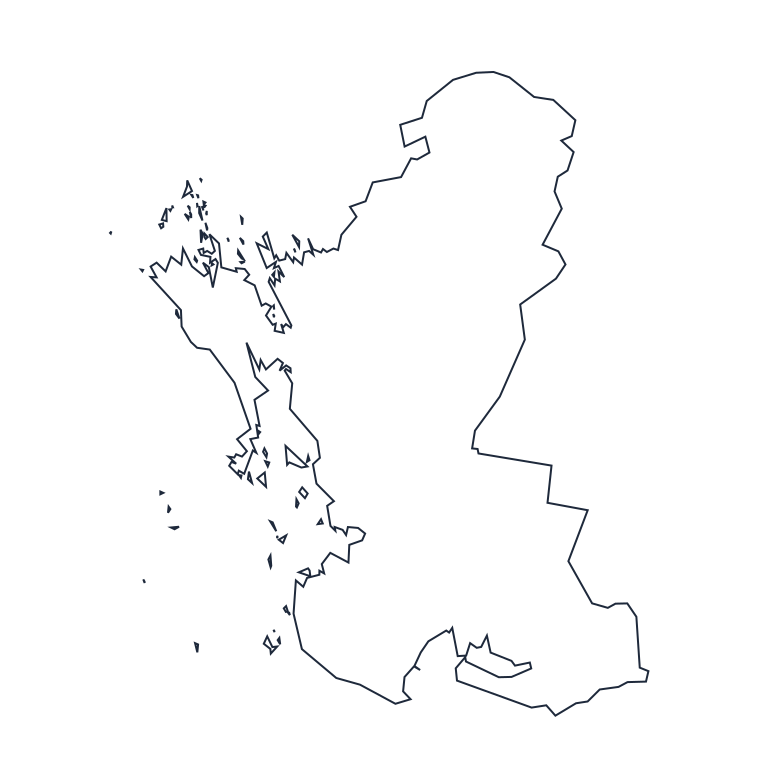 outline of Helgafellssveit, Vesturland, Iceland, rotated 274°
{"feature_id": "244011B42475995928988", "entity_name": "Helgafellssveit", "entity_type": "district", "adm_level": 2, "iso_a3": "ISL", "parent_name": "Iceland", "parent_adm1": "Vesturland", "projection": "orthographic", "projection_center": [-22.792, 64.982], "detail": "fine", "context": "isolated", "style": "outline", "palette": "slate", "viewbox_px": 768, "rotation_deg": 274, "n_neighbors": 0, "source": "geoboundaries", "source_scale": "gbopen_adm2", "svg_char_len": 6212}
<svg xmlns="http://www.w3.org/2000/svg" viewBox="0 0 768 768"><g transform="rotate(274 384 384)"><path d="M101.2,440.0L104.8,434.0L118.8,439.4L130.4,446.2L142.4,463.3L140.6,466.3L145.5,469.1L117.7,476.5L118.8,484.9L131.5,488.0L127.3,494.9L128.5,499.3L140.2,504.2L123.5,509.1L116.7,530.5L112.2,534.3L116.3,548.9L110.5,550.7L100.7,531.7L99.5,519.0L112.9,485.1L117.2,484.1L105.4,475.4L93.2,477.5L71.5,553.8L74.8,568.3L65.1,578.1L78.9,597.8L81.5,609.3L94.3,620.5L98.2,639.1L103.6,647.7L105.4,666.1L116.0,667.8L118.9,658.9L169.4,652.0L182.1,642.0L181.0,630.2L176.3,622.9L179.7,606.9L220.1,580.3L272.3,596.0L276.9,555.4L314.3,556.8L321.3,483.1L325.7,481.9L325.9,476.4L343.8,478.0L379.5,500.4L438.1,521.4L472.8,514.3L501.1,548.2L515.9,556.7L528.5,548.7L534.0,532.5L571.3,549.1L588.0,540.7L602.9,542.9L609.8,552.2L628.6,557.0L639.2,543.9L644.4,554.0L660.5,556.5L679.2,533.1L680.8,513.7L698.7,487.7L702.9,471.5L700.9,454.2L692.2,431.6L669.3,406.9L652.2,403.3L643.7,382.1L622.3,388.0L633.6,408.0L618.1,413.2L610.3,401.4L611.0,395.3L591.6,386.6L584.3,358.7L565.0,352.9L558.4,337.7L548.9,344.9L529.9,331.1L514.4,328.8L515.6,324.1L511.7,317.8L514.4,313.7L510.8,312.0L513.5,303.9L524.0,298.1L508.0,304.5L511.5,300.0L509.8,295.1L497.4,293.9L503.9,285.4L499.2,284.9L508.0,277.5L501.7,276.7L499.8,270.9L504.9,267.5L501.7,265.8L526.9,256.5L522.6,252.8L510.5,259.2L515.5,247.2L491.5,258.9L498.3,267.7L491.9,266.1L494.4,270.6L483.7,277.0L488.9,270.9L479.1,273.0L481.5,268.1L474.8,267.9L481.6,262.7L477.9,261.8L436.0,287.5L433.7,287.0L436.9,282.0L433.6,279.5L436.6,277.2L428.0,280.5L429.4,271.2L436.7,271.8L435.3,268.8L444.1,261.5L453.3,266.3L456.1,260.4L453.6,256.5L473.4,248.1L477.9,237.4L483.6,241.9L489.0,237.0L489.2,228.1L485.7,229.2L489.0,213.6L512.7,209.6L521.2,199.4L505.0,206.0L501.9,203.1L504.4,198.3L502.2,195.0L506.5,194.2L504.8,189.6L500.0,192.4L498.7,202.0L492.8,202.0L496.9,207.2L493.3,209.8L468.3,206.5L488.4,201.1L492.4,194.9L482.4,201.1L479.0,197.0L487.9,184.2L505.2,174.0L488.9,173.4L496.2,162.8L481.1,158.3L489.2,148.7L484.9,143.0L474.5,149.7L474.5,143.7L443.5,176.3L427.2,178.1L412.5,188.4L407.1,195.0L406.2,207.8L374.8,234.8L330.0,254.0L318.7,241.3L307.4,251.9L301.7,247.4L303.6,241.4L300.2,239.8L300.7,233.9L294.2,242.1L295.6,237.3L291.6,235.3L283.7,244.4L287.4,245.2L284.7,250.8L308.5,257.8L306.5,261.4L319.7,254.5L321.8,262.2L334.2,259.5L333.5,262.8L359.2,255.9L369.4,268.8L382.0,255.1L415.7,243.9L389.8,258.6L399.3,259.3L390.3,265.2L401.7,276.1L397.9,281.7L390.0,278.9L395.7,285.1L393.2,289.6L389.3,290.1L392.1,285.2L390.4,284.0L378.3,292.4L352.7,291.8L322.6,321.5L305.9,325.2L299.0,318.7L279.9,323.6L263.6,342.2L258.5,335.8L238.7,340.5L234.2,345.7L237.9,344.8L235.6,352.9L230.7,356.7L238.8,358.0L238.6,368.2L233.5,375.6L226.5,373.1L221.1,360.6L203.4,361.0L211.8,342.2L200.0,334.5L190.9,337.5L193.2,332.6L189.2,332.8L185.2,320.8L176.1,317.6L181.9,309.8L148.6,309.8L113.8,320.6L87.4,356.9L82.4,381.0L65.8,417.7L71.4,432.5L78.7,424.5L93.1,424.9L104.4,433.6L101.2,440.0ZM315.4,290.1L296.6,293.0L299.2,295.0L294.9,307.4L296.4,313.4L315.4,290.1ZM116.5,282.2L111.8,289.1L107.2,289.9L114.7,295.8L113.8,291.0L124.1,285.1L116.5,282.2ZM287.4,271.2L280.9,264.2L273.2,273.5L287.4,271.2ZM544.3,154.7L532.2,150.9L531.3,155.8L544.3,154.7ZM556.7,170.5L563.1,179.0L573.4,173.5L567.2,173.7L556.7,170.5ZM194.8,321.1L190.2,312.2L187.1,323.9L192.7,322.8L194.8,321.1ZM541.6,187.7L534.4,191.5L548.6,187.3L541.6,187.7ZM275.2,309.6L270.4,306.9L264.6,313.1L269.4,315.5L275.2,309.6ZM520.5,289.5L526.5,282.1L514.7,289.7L520.5,289.5ZM287.2,255.4L279.5,254.9L276.0,259.3L287.2,255.4ZM525.1,190.2L512.1,191.7L521.3,192.7L525.1,190.2ZM240.6,332.6L244.7,330.6L239.6,327.7L240.6,332.6ZM229.6,286.8L238.2,282.6L239.1,280.0L229.6,286.8ZM226.2,297.0L221.3,289.9L218.3,294.4L226.2,297.0ZM528.8,152.4L527.4,148.7L523.8,150.8L525.5,152.9L528.8,152.4ZM205.0,282.7L200.9,280.9L193.2,283.7L194.8,284.2L205.0,282.7ZM111.2,216.7L112.3,213.6L103.3,216.5L111.2,216.7ZM444.0,171.6L439.4,171.6L435.0,175.4L444.0,171.6ZM311.4,269.2L307.9,268.1L302.8,271.8L306.5,272.2L311.4,269.2ZM507.0,229.2L503.7,229.2L499.3,233.3L498.6,235.3L507.0,229.2ZM516.7,233.6L519.7,230.0L513.3,234.1L516.7,233.6ZM224.5,185.2L227.3,189.5L226.0,181.5L224.5,185.2ZM262.9,304.7L255.6,304.8L254.8,305.7L259.0,307.2L262.9,304.7ZM297.7,275.0L298.7,270.9L293.6,273.8L297.7,275.0ZM123.4,297.3L121.1,295.8L117.1,298.6L123.4,297.3ZM302.8,315.0L306.9,313.4L300.9,312.5L302.8,315.0ZM244.3,179.6L246.6,177.7L240.5,177.5L244.3,179.6ZM155.6,301.8L153.2,299.7L149.8,302.0L150.5,303.9L155.6,301.8ZM539.2,231.5L540.7,229.7L532.9,231.5L539.2,231.5ZM527.2,196.9L532.4,194.6L524.9,196.8L527.2,196.9ZM534.5,177.3L537.2,177.7L539.8,173.3L534.5,177.3ZM521.5,194.5L517.9,194.7L516.2,196.0L518.3,197.9L521.5,194.5ZM536.1,180.1L539.8,179.8L542.1,178.3L536.1,180.1ZM487.8,266.9L485.1,264.9L483.2,266.7L487.8,266.9ZM260.0,171.4L261.1,168.4L258.4,168.6L260.0,171.4ZM496.4,236.6L495.6,232.3L494.5,233.5L496.4,236.6ZM497.3,186.5L495.1,186.2L492.7,188.6L494.0,189.0L497.3,186.5ZM282.8,248.2L283.0,245.7L280.4,247.8L282.8,248.2ZM552.6,193.2L553.4,191.1L550.4,191.7L552.6,193.2ZM481.0,135.7L481.2,133.6L479.6,135.1L481.0,135.7ZM454.4,268.2L450.6,269.3L454.8,268.6L454.4,268.2ZM491.4,205.5L492.4,204.1L490.3,203.8L491.4,205.5ZM556.3,180.8L559.1,179.7L559.2,178.6L556.3,180.8ZM327.4,263.8L328.4,262.1L326.1,262.9L327.4,263.8ZM546.7,177.8L548.2,175.7L544.8,177.9L546.7,177.8ZM442.9,269.5L444.2,269.8L446.1,268.6L442.9,269.5ZM547.3,192.2L549.4,193.5L549.6,192.5L547.3,192.2ZM575.0,187.8L576.4,185.9L573.9,187.5L575.0,187.8ZM515.1,219.2L517.2,218.7L518.9,217.5L515.1,219.2ZM146.9,306.2L149.2,305.4L149.1,304.3L146.9,306.2ZM556.4,185.9L559.2,185.4L559.4,184.5L556.4,185.9ZM548.6,185.6L551.6,184.8L548.3,185.3L548.6,185.6ZM168.8,159.1L170.2,158.9L172.3,157.5L168.8,159.1ZM544.3,195.1L541.6,194.7L540.1,195.4L544.3,195.1ZM543.5,159.5L543.1,157.7L541.8,158.8L543.5,159.5ZM517.1,101.4L515.6,100.2L515.0,100.9L517.1,101.4ZM222.7,288.1L224.0,288.5L225.1,288.0L222.7,288.1ZM545.6,161.1L547.3,160.3L545.6,160.5L545.6,161.1ZM509.1,286.5L511.9,285.4L512.8,284.6L509.1,286.5ZM128.8,292.1L130.0,291.8L131.1,290.9L128.8,292.1ZM544.5,191.8L547.3,190.8L548.7,189.8L544.5,191.8Z" fill="none" stroke="#1e293b" stroke-width="2"/></g></svg>